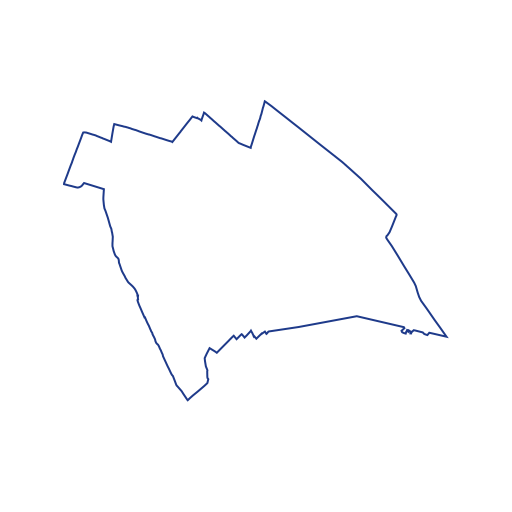 outline of Iztapalapa, Distrito Federal, Mexico, rotated 10°
{"feature_id": "50627088B81383343299942", "entity_name": "Iztapalapa", "entity_type": "district", "adm_level": 2, "iso_a3": "MEX", "parent_name": "Mexico", "parent_adm1": "Distrito Federal", "projection": "natural_earth1", "projection_center": [-99.063, 19.343], "detail": "fine", "context": "isolated", "style": "outline", "palette": "blue", "viewbox_px": 512, "rotation_deg": 10, "n_neighbors": 0, "source": "geoboundaries", "source_scale": "gbopen_adm2", "svg_char_len": 6021}
<svg xmlns="http://www.w3.org/2000/svg" viewBox="0 0 512 512"><g transform="rotate(10 256 256)"><path d="M64.3,164.7L63.7,167.4L63.3,169.9L63.1,170.9L62.6,173.6L62.1,176.2L61.5,179.5L61.0,181.7L60.5,184.8L59.9,187.5L59.2,191.2L59.0,192.6L58.7,194.2L58.5,195.8L57.8,199.0L56.6,205.6L56.3,207.4L55.5,211.6L54.9,214.8L54.4,217.4L54.4,218.0L54.5,218.6L55.9,218.7L60.3,219.1L61.0,219.1L62.6,219.2L63.3,219.3L65.9,219.5L66.4,219.5L66.7,219.6L67.7,219.6L68.4,219.6L68.8,219.5L69.7,219.1L70.1,218.9L70.6,218.6L71.3,218.1L71.5,217.9L71.8,217.6L72.3,217.0L72.6,216.5L73.4,215.0L73.6,214.7L74.0,214.0L94.6,216.6L95.5,224.7L95.8,226.6L96.2,228.1L97.3,232.1L98.5,235.5L99.5,237.0L100.1,238.0L103.4,244.0L104.9,247.1L105.7,248.8L107.2,251.9L107.6,252.6L107.9,253.0L108.7,254.2L108.8,254.4L109.0,254.9L109.9,257.4L110.1,257.6L111.3,261.0L111.5,261.5L111.6,261.8L111.6,262.0L111.7,262.4L111.9,264.0L112.2,266.2L112.3,267.2L112.4,268.2L112.5,268.5L112.5,269.0L112.7,269.8L112.8,270.6L113.1,271.7L113.5,272.5L114.3,274.3L115.0,275.9L116.7,278.9L117.2,279.6L117.9,280.4L118.7,281.0L120.3,282.0L120.8,282.5L121.2,283.0L121.3,283.3L121.6,284.0L122.0,285.5L122.2,286.3L122.4,286.7L123.1,287.8L123.9,289.3L126.2,293.5L127.0,294.7L128.1,296.1L130.4,298.9L131.1,300.0L134.3,303.6L134.6,303.9L135.1,304.3L135.4,304.5L136.2,305.0L137.8,306.0L138.6,306.5L140.2,307.6L141.4,308.6L142.1,309.2L143.1,310.3L144.1,311.6L145.6,313.8L145.8,314.3L146.0,315.0L146.1,315.6L146.7,315.5L146.9,317.7L147.4,319.3L147.1,319.5L146.9,319.9L147.0,320.3L147.1,320.5L147.5,321.3L148.0,322.2L149.2,324.2L149.8,325.2L151.3,327.4L153.3,330.5L155.3,333.5L156.9,335.9L157.3,335.7L159.3,338.8L160.6,340.7L161.2,341.5L161.4,341.8L162.6,343.3L164.7,346.6L165.3,347.4L165.8,348.3L167.0,349.6L167.4,350.2L167.6,350.9L168.2,351.7L168.7,352.4L169.6,353.5L170.0,354.1L170.7,355.1L171.1,355.7L171.8,357.4L172.2,358.0L172.8,358.9L173.9,359.8L174.8,360.3L175.1,360.6L175.8,361.4L176.9,363.0L177.4,363.9L178.0,364.6L178.7,365.5L179.7,367.1L180.3,368.0L180.9,368.8L181.4,369.7L181.8,370.8L183.8,373.7L188.1,379.9L189.0,381.1L189.7,382.0L192.0,385.3L193.4,387.2L194.1,387.9L195.0,388.6L195.2,388.9L198.2,393.9L199.6,396.3L200.3,397.3L201.4,398.1L206.1,401.9L206.5,402.3L208.3,404.3L213.3,409.5L213.8,409.9L215.7,407.3L216.9,405.8L218.0,404.4L221.9,399.9L224.3,397.0L226.2,394.7L227.6,393.0L230.1,389.7L230.2,389.4L230.3,387.0L230.4,385.6L229.5,384.7L229.1,383.7L228.3,379.7L228.1,378.6L228.0,378.3L228.0,377.1L227.6,376.3L225.8,373.4L224.0,368.3L223.2,365.5L223.8,363.2L224.5,360.6L226.3,354.8L231.9,357.0L232.8,357.4L234.2,358.1L237.5,353.3L244.1,343.8L244.7,342.8L245.4,341.9L245.9,341.1L246.9,339.7L247.9,338.4L251.3,341.3L251.8,340.6L254.4,336.8L255.4,335.5L255.7,335.6L257.8,337.3L258.9,338.3L260.6,335.9L263.8,330.9L264.0,330.4L264.7,331.3L265.1,331.8L265.5,332.2L265.8,332.6L266.2,333.2L267.0,334.3L267.8,335.7L268.0,335.9L268.3,335.4L270.7,337.4L274.5,332.1L274.9,331.6L275.0,331.8L277.9,328.9L279.8,330.9L280.0,330.7L280.4,330.1L281.0,328.9L281.4,328.3L281.7,328.1L310.4,318.5L365.7,297.8L414.0,300.4L414.7,301.3L412.3,304.4L413.1,305.6L413.3,305.7L414.3,306.0L415.2,306.2L416.9,306.4L417.1,304.5L417.4,304.4L417.7,302.6L418.3,302.7L418.1,303.5L419.3,304.1L419.5,302.8L421.4,303.6L421.5,305.4L422.2,305.3L422.0,303.6L422.8,303.6L424.2,301.7L425.6,301.7L433.5,302.3L435.3,303.6L437.7,304.0L438.5,304.1L440.0,301.5L444.4,301.7L457.6,302.4L449.7,294.5L443.1,288.1L434.9,279.8L432.5,277.4L429.9,274.9L426.4,271.5L423.8,268.0L421.6,264.0L418.6,257.9L416.4,254.8L410.3,247.8L403.6,240.3L395.5,231.0L387.9,222.5L382.8,217.4L381.6,216.1L381.0,215.3L381.0,214.2L381.2,213.5L381.8,212.9L383.4,209.4L384.8,203.3L387.0,192.6L387.3,191.8L387.2,190.6L386.8,190.2L368.6,177.5L359.2,171.1L345.9,161.7L334.7,154.7L324.8,148.6L323.0,147.6L299.5,135.0L275.2,121.8L268.8,118.4L261.4,114.4L255.2,111.1L249.8,108.2L245.2,105.7L238.1,102.2L237.8,102.1L237.6,104.7L237.3,107.8L237.1,108.6L237.1,108.8L236.9,111.7L236.7,114.4L236.6,115.5L236.3,117.1L236.2,118.6L236.2,119.3L236.0,120.7L235.8,121.7L235.7,122.0L235.6,122.6L235.2,125.6L235.2,126.3L235.0,127.4L234.8,128.8L234.6,130.6L234.4,131.6L233.9,135.2L233.8,136.0L233.5,137.8L233.3,139.3L232.8,143.3L232.5,145.7L232.2,147.9L232.1,148.4L232.0,148.9L232.0,150.4L230.5,150.1L228.5,149.7L226.6,149.3L225.7,149.1L224.6,148.9L220.8,148.0L219.6,147.8L218.8,147.4L216.8,146.1L212.6,143.6L211.6,142.9L210.4,142.3L209.4,141.6L208.3,140.9L207.5,140.4L206.7,139.9L205.8,139.4L204.7,138.7L203.6,138.1L202.7,137.5L201.7,136.9L200.6,136.2L198.2,134.7L197.2,134.2L195.1,132.9L193.8,132.1L192.7,131.4L191.6,130.8L189.1,129.2L188.0,128.5L187.4,128.2L186.9,127.9L186.6,127.7L185.9,127.2L185.0,126.7L184.7,126.5L184.2,126.2L181.9,124.8L180.9,124.2L179.9,123.8L179.7,125.6L179.3,127.8L179.1,129.0L178.8,130.8L178.7,132.0L177.9,131.5L174.6,130.4L174.3,130.2L174.2,130.5L173.8,130.5L173.5,130.4L172.1,130.2L170.4,129.9L169.2,129.6L168.0,131.8L167.6,132.6L166.8,134.1L166.0,135.5L165.4,136.6L164.8,137.7L163.9,139.4L163.0,141.1L161.5,143.9L161.3,144.3L160.1,146.5L160.0,146.9L159.8,147.3L159.4,147.9L153.8,158.3L153.0,157.9L152.3,157.9L150.1,157.7L149.4,157.6L147.8,157.4L142.2,156.6L141.6,156.6L141.2,156.6L137.2,156.0L136.5,155.9L135.6,155.8L134.4,155.6L131.3,155.1L131.2,155.1L130.3,155.0L129.9,154.9L129.3,155.0L128.9,154.9L127.5,154.8L127.3,154.7L126.8,154.7L126.0,154.6L124.8,154.4L124.0,154.3L119.5,153.6L119.0,153.5L118.1,153.3L115.4,152.8L115.2,152.8L114.6,152.8L114.0,152.7L113.1,152.6L111.5,152.4L110.8,152.2L110.2,152.1L109.6,152.0L109.0,152.0L108.4,151.9L107.8,151.8L107.0,151.7L106.6,151.7L106.0,151.6L105.0,151.5L103.4,151.5L101.8,151.3L98.2,151.1L97.2,151.0L93.5,150.7L93.3,153.3L93.3,156.5L93.3,157.0L93.3,160.1L93.4,168.7L93.1,168.6L92.0,168.3L91.1,168.1L89.2,167.7L87.8,167.4L86.9,167.2L85.8,167.0L85.2,166.9L84.7,166.8L84.1,166.6L83.8,166.5L82.4,166.3L82.0,166.2L80.2,165.8L78.6,165.5L77.8,165.3L77.3,165.1L74.7,164.8L74.2,164.8L73.5,164.7L72.1,164.5L67.3,163.9L65.3,164.1L64.4,164.4L64.3,164.7Z" fill="none" stroke="#1e3a8a" stroke-width="2"/></g></svg>